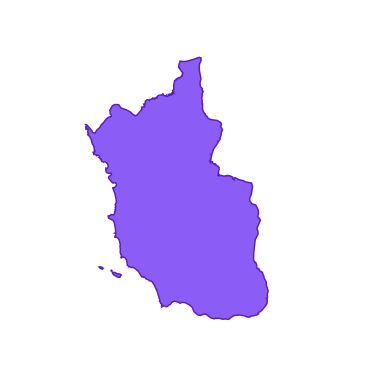 Sumba Timur, Nusa Tenggara Timur, Indonesia, rotated 35°
{"feature_id": "22746128B15873256673931", "entity_name": "Sumba Timur", "entity_type": "district", "adm_level": 2, "iso_a3": "IDN", "parent_name": "Indonesia", "parent_adm1": "Nusa Tenggara Timur", "projection": "mercator", "projection_center": [120.165, -9.805], "detail": "fine", "context": "isolated", "style": "filled", "palette": "violet", "viewbox_px": 384, "rotation_deg": 35, "n_neighbors": 0, "source": "geoboundaries", "source_scale": "gbopen_adm2", "svg_char_len": 6068}
<svg xmlns="http://www.w3.org/2000/svg" viewBox="0 0 384 384"><g transform="rotate(35 192 192)"><path d="M74.8,199.1L66.6,197.2L67.0,197.3L66.4,197.7L67.6,198.0L67.8,198.9L68.3,198.9L68.5,200.0L68.2,200.0L68.8,200.5L68.5,200.7L68.9,201.2L69.2,200.9L69.6,201.2L70.4,200.2L71.1,200.3L71.5,200.8L71.5,201.5L72.5,203.0L73.7,203.3L73.5,204.5L74.2,204.5L74.4,205.1L76.5,205.1L77.9,206.3L79.7,206.8L80.2,207.6L81.3,208.2L81.4,208.7L81.8,208.6L82.6,209.3L82.6,209.7L83.8,210.0L86.4,211.7L87.4,213.1L88.5,213.7L88.3,214.1L89.2,214.7L88.4,215.9L88.9,215.8L89.7,216.7L89.3,216.9L89.8,217.4L90.0,216.8L90.4,217.2L92.0,216.7L92.9,216.9L92.7,216.5L93.4,216.6L93.6,215.8L94.8,215.6L95.7,215.9L96.1,216.2L96.0,216.7L96.3,216.5L96.5,217.1L97.6,217.5L98.7,216.9L99.0,217.2L99.0,217.9L100.7,218.7L102.3,218.4L102.7,217.6L103.8,217.0L106.7,217.4L108.4,218.7L109.1,220.1L108.7,221.6L107.8,221.7L108.5,223.2L110.8,225.1L113.6,224.3L114.5,223.0L115.8,223.4L115.8,225.7L115.1,226.4L115.2,227.8L115.8,228.5L121.4,230.1L122.5,229.8L122.8,229.1L123.7,228.5L125.4,228.7L126.2,229.8L126.3,230.9L125.8,233.3L125.0,233.5L124.8,234.2L129.9,237.6L135.1,242.6L136.0,244.0L136.2,246.2L138.0,247.8L137.9,248.6L139.0,249.6L139.2,250.8L140.1,251.6L139.9,252.3L140.3,252.4L140.6,253.1L141.0,255.6L138.5,257.0L138.8,257.8L137.5,259.3L137.8,259.3L137.6,259.9L138.1,259.8L138.3,260.4L137.9,261.3L138.5,260.8L139.1,261.2L143.7,260.5L145.9,261.6L151.1,266.8L152.8,269.1L152.4,269.9L153.0,269.6L154.2,270.8L154.2,272.6L153.8,272.9L154.3,272.8L154.5,273.1L154.9,272.7L155.5,273.0L155.9,272.5L157.9,272.2L159.8,273.0L163.3,276.1L164.4,278.2L166.0,279.8L168.1,283.0L171.2,285.0L171.1,285.5L171.7,285.8L171.4,286.5L171.9,286.5L172.9,284.7L174.6,284.2L175.9,284.5L178.4,286.1L181.0,289.1L182.5,289.1L182.9,289.6L183.2,289.2L185.4,288.8L186.8,287.7L188.2,287.4L193.5,287.7L199.5,290.4L200.6,289.5L201.2,289.6L201.3,288.9L204.5,289.5L206.0,289.0L207.7,289.1L210.3,288.4L211.1,288.5L214.5,289.9L219.9,293.0L227.5,298.9L228.1,300.2L228.7,299.9L230.1,301.2L231.1,301.0L231.4,301.5L232.3,301.7L232.4,302.8L233.1,302.5L233.3,303.3L234.1,301.5L235.5,300.8L236.5,300.9L237.5,300.0L237.9,298.0L238.6,296.8L238.8,293.9L240.2,291.5L244.5,289.9L246.1,290.1L246.9,288.1L250.1,286.5L254.4,286.0L257.7,286.2L258.8,286.5L261.1,288.2L262.8,289.0L267.5,289.3L269.8,288.3L271.1,285.8L273.3,284.1L279.8,284.3L283.0,283.1L283.5,282.1L286.8,279.8L290.0,278.7L292.4,276.6L294.5,275.7L295.2,274.9L296.0,272.1L297.2,269.5L298.5,267.8L300.0,266.9L301.1,265.6L306.0,263.3L308.7,262.8L311.0,261.4L311.3,260.1L315.4,255.9L316.5,253.6L315.5,253.1L317.1,249.2L317.6,242.6L317.4,240.5L315.9,237.6L315.0,236.7L314.1,236.6L314.5,235.3L313.2,233.6L312.4,233.1L312.1,231.4L311.0,229.3L307.0,226.2L304.3,223.1L300.2,220.9L298.8,219.5L298.0,219.3L296.2,217.7L294.7,217.3L294.5,217.7L293.4,217.8L292.0,217.5L292.2,217.3L290.4,216.4L289.7,217.1L289.0,217.1L288.1,216.6L287.1,214.9L285.1,213.4L283.9,213.2L283.7,213.7L281.4,212.3L277.6,206.7L271.2,194.9L270.2,188.6L268.5,186.3L266.5,185.0L265.9,184.0L264.2,176.0L263.1,175.2L259.9,174.5L258.7,171.2L256.2,168.5L251.6,166.1L248.0,167.3L244.2,166.0L242.9,164.1L241.8,159.7L238.6,152.9L235.6,150.5L230.1,153.0L227.5,153.3L223.3,155.0L219.3,155.5L218.2,156.8L218.9,157.0L219.5,157.8L217.4,157.6L216.7,156.5L214.2,156.9L214.1,157.3L213.3,157.3L211.6,158.1L210.7,159.0L210.9,159.1L210.4,159.8L208.2,161.1L206.3,161.7L204.8,163.3L204.0,163.7L203.7,163.5L204.6,163.0L204.8,162.4L204.5,162.0L204.0,162.3L202.7,161.4L202.4,160.4L201.5,159.5L201.4,158.1L200.2,156.4L198.3,156.0L195.8,156.2L195.8,155.8L195.1,155.5L194.8,156.0L193.8,156.1L193.7,156.6L192.2,156.5L191.4,155.5L190.7,156.2L190.3,157.5L189.9,157.4L189.6,157.1L189.9,156.0L188.8,156.4L188.3,156.1L189.0,154.7L188.6,154.5L187.4,151.2L186.9,150.6L186.3,150.7L186.2,150.0L186.7,149.9L185.0,144.1L185.1,138.5L184.7,135.6L184.4,135.8L184.3,135.1L184.7,134.8L184.6,132.2L184.1,131.8L183.0,128.3L182.0,126.6L181.3,123.5L178.1,122.0L177.4,119.8L175.7,118.6L171.6,118.9L166.3,121.7L163.6,122.4L162.7,122.3L160.8,121.4L159.4,121.5L158.1,120.5L158.0,120.8L156.9,120.4L154.2,119.0L152.8,117.7L150.3,114.0L149.8,113.6L149.6,113.9L149.3,113.7L148.2,111.5L146.7,110.2L143.7,104.8L143.5,103.2L142.3,103.1L141.2,101.4L138.8,100.9L137.7,100.1L135.9,97.9L134.4,94.1L128.3,88.2L126.2,85.5L124.7,82.6L123.9,78.8L122.3,76.9L121.6,77.5L120.7,77.5L120.2,78.6L119.4,78.9L118.8,80.4L112.8,87.8L110.7,89.7L107.1,91.7L107.8,92.9L108.0,94.6L109.6,97.6L111.8,98.0L112.1,98.5L113.4,98.7L114.3,99.5L115.7,99.3L116.6,100.2L116.4,100.9L116.8,101.1L117.2,102.0L116.9,102.4L117.4,102.8L116.8,103.7L117.1,104.4L116.2,105.3L115.8,106.5L115.2,106.4L115.2,107.6L114.5,108.3L115.0,108.5L115.0,109.0L114.4,109.4L113.9,110.7L114.4,110.9L114.1,111.2L116.0,115.6L118.2,118.1L117.9,120.0L118.4,120.6L119.4,120.3L119.1,121.3L120.3,121.7L119.6,122.1L120.2,122.3L119.7,123.2L118.5,122.9L118.4,124.0L119.1,124.7L118.4,124.9L118.1,125.5L117.7,124.6L117.1,124.9L117.4,126.7L116.6,128.3L116.0,128.3L115.6,127.4L115.4,128.3L113.9,129.2L113.1,129.1L112.3,128.3L111.8,128.4L111.7,129.6L109.4,131.7L108.9,132.7L109.3,135.0L108.5,134.8L108.5,135.6L107.6,136.4L108.2,136.8L108.2,137.4L107.7,137.6L107.2,137.1L105.7,137.7L106.0,139.0L105.3,139.4L105.1,140.2L104.5,140.3L104.7,141.6L103.4,141.5L102.1,142.4L101.7,144.5L102.3,145.0L102.5,146.0L103.0,146.2L103.1,146.9L102.0,147.7L102.7,148.2L102.7,147.7L103.2,147.7L103.9,148.7L103.6,149.4L104.2,149.9L102.2,151.1L103.5,153.4L102.7,161.0L101.4,162.3L100.9,162.0L99.9,162.4L95.3,161.8L90.4,162.5L85.7,163.9L81.8,162.5L78.8,164.5L77.3,166.8L77.8,172.4L78.8,172.9L80.1,174.9L80.7,174.8L82.3,175.8L82.5,176.5L80.9,178.4L79.9,181.2L79.7,186.2L79.1,188.9L79.5,192.2L78.6,195.7L78.7,199.6L76.2,200.3L74.8,199.1ZM181.7,300.6L180.9,300.4L178.8,301.1L177.9,301.7L174.8,302.3L172.7,303.4L173.7,304.2L175.5,304.7L179.1,304.5L181.5,303.6L181.8,303.1L181.7,300.6ZM160.9,307.1L162.7,306.7L163.1,305.5L161.3,305.3L159.6,306.0L158.9,306.7L160.9,307.1ZM171.5,302.3L170.8,302.4L170.8,302.9L171.3,303.1L171.7,302.9L171.5,302.3Z" fill="#8b5cf6" stroke="#5b21b6" stroke-width="1.5"/></g></svg>